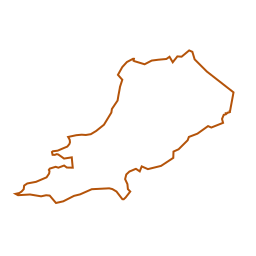 St. Mary's, Maryland, United States of America (orthographic projection), rotated 102°
{"feature_id": "52423323B54982247892787", "entity_name": "St. Mary's", "entity_type": "district", "adm_level": 2, "iso_a3": "USA", "parent_name": "United States of America", "parent_adm1": "Maryland", "projection": "orthographic", "projection_center": [-76.569, 38.273], "detail": "fine", "context": "isolated", "style": "outline", "palette": "amber", "viewbox_px": 256, "rotation_deg": 102, "n_neighbors": 0, "source": "geoboundaries", "source_scale": "gbopen_adm2", "svg_char_len": 1699}
<svg xmlns="http://www.w3.org/2000/svg" viewBox="0 0 256 256"><g transform="rotate(102 128 128)"><path d="M103.2,36.1L99.6,37.9L95.2,37.1L95.0,36.5L94.5,35.8L94.3,35.2L93.9,34.9L93.3,35.2L93.3,34.9L92.9,34.1L92.3,33.9L92.2,33.3L91.8,32.6L91.7,32.9L91.6,32.2L91.2,31.9L90.7,32.0L90.7,31.7L71.2,32.2L56.4,62.6L47.0,77.1L40.1,80.9L40.1,81.0L39.4,84.3L47.1,90.4L47.7,94.6L50.8,96.1L51.1,96.3L54.4,97.9L49.7,102.2L52.5,104.8L54.9,112.5L57.1,118.8L62.2,125.0L61.3,135.7L61.2,136.0L61.0,136.6L59.1,136.6L59.2,137.4L63.7,142.8L69.3,146.1L69.7,146.3L78.1,148.9L80.7,145.4L82.0,143.6L88.6,144.3L89.6,144.4L90.8,144.3L99.0,144.1L103.3,143.9L112.7,147.7L116.4,147.5L129.8,152.2L135.9,157.2L137.5,158.5L141.8,163.1L143.6,167.8L144.2,172.0L145.8,177.1L149.2,184.7L151.6,182.6L154.0,181.8L155.9,182.0L158.8,183.5L161.0,186.7L164.8,192.1L166.4,196.7L167.3,197.4L169.9,196.2L169.5,194.0L168.4,192.3L168.4,190.8L169.8,187.4L171.2,184.2L168.4,176.9L172.0,175.8L178.3,173.8L178.9,177.0L179.4,179.6L178.0,182.7L181.3,187.9L181.0,190.7L184.0,196.1L185.5,196.7L186.1,196.1L186.6,195.8L188.9,195.7L189.0,195.7L193.2,197.4L199.8,206.8L203.2,215.0L205.9,217.6L209.6,217.3L212.3,218.9L214.2,220.8L215.8,224.3L216.6,221.6L213.4,210.0L212.9,198.8L210.8,194.1L210.4,190.6L210.5,190.4L216.3,182.9L213.2,176.1L205.6,166.7L202.9,161.1L195.4,150.7L190.9,133.8L191.0,130.6L192.5,126.1L198.8,118.7L198.6,117.4L196.5,115.9L189.7,112.6L187.8,115.4L183.0,116.9L178.6,120.2L173.8,120.0L170.2,117.5L170.0,117.1L166.4,112.0L166.3,111.7L168.0,107.5L162.7,106.6L164.1,100.0L158.2,87.8L147.8,77.5L141.6,78.6L138.3,74.1L127.6,67.1L124.1,66.6L119.1,58.9L109.5,50.1L110.2,46.6L103.2,36.1Z" fill="none" stroke="#b45309" stroke-width="2"/></g></svg>